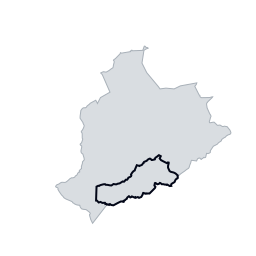 Bolivia, with La Paz highlighted, rotated 244°
{"feature_id": "BOL-1936", "entity_name": "La Paz", "entity_type": "Department", "adm_level": 1, "iso_a3": "BOL", "parent_name": "Bolivia", "parent_adm1": "", "projection": "natural_earth1", "projection_center": [-68.162, -14.972], "detail": "medium", "context": "in_parent", "style": "outline", "palette": "ink", "viewbox_px": 256, "rotation_deg": 244, "n_neighbors": 0, "source": "natural_earth", "source_scale": "10m", "svg_char_len": 5141}
<svg xmlns="http://www.w3.org/2000/svg" viewBox="0 0 256 256"><g transform="rotate(244 128 128)"><path d="M59.0,146.0L58.7,142.9L58.2,142.1L57.5,141.6L57.2,140.9L57.5,140.3L58.9,138.9L59.6,138.7L59.8,138.1L62.4,134.3L63.2,133.6L64.1,133.0L64.5,132.6L64.3,131.2L64.4,130.3L64.7,129.7L66.4,128.6L66.6,128.4L66.5,128.0L65.8,127.3L64.2,126.7L63.2,126.8L62.2,125.8L60.2,120.1L59.8,118.8L59.8,118.3L61.2,115.5L62.7,113.2L62.5,112.7L60.9,110.5L60.3,109.5L60.5,107.2L61.5,106.5L62.0,104.5L62.4,104.1L63.3,102.7L64.6,101.4L64.7,99.9L65.1,99.5L66.1,99.0L66.2,98.6L66.0,97.5L65.5,96.4L65.0,95.9L64.4,93.2L63.8,91.9L64.5,90.7L64.9,89.3L65.0,87.8L65.0,80.9L66.3,79.1L66.9,78.8L67.5,78.2L67.5,77.1L68.4,75.7L57.9,54.4L62.0,54.4L66.5,55.2L67.2,55.6L67.4,56.4L67.9,56.7L69.1,56.5L72.8,54.7L73.3,54.1L74.6,52.1L75.6,50.9L76.6,50.6L78.4,50.4L79.0,50.7L79.8,50.7L80.4,49.5L81.4,48.2L83.3,46.6L84.3,46.2L85.0,45.6L86.0,45.6L86.9,45.0L91.5,41.0L93.3,39.9L95.4,39.5L97.0,38.9L101.0,38.3L103.5,38.1L104.4,38.7L105.3,38.5L106.1,37.6L106.7,37.3L107.2,37.3L107.9,38.4L108.2,39.5L108.0,40.4L108.0,41.7L108.3,43.3L108.2,44.8L106.7,47.5L106.6,48.3L106.7,49.3L107.1,51.1L107.9,53.6L108.0,55.4L107.4,56.5L107.2,57.6L107.2,58.4L107.4,59.0L107.8,59.3L108.0,60.0L108.0,61.1L108.5,62.0L109.4,63.0L109.7,63.9L109.6,64.8L109.6,65.3L109.9,65.5L110.4,65.1L110.7,65.2L111.4,66.4L111.8,67.7L111.9,68.4L113.8,69.2L116.3,71.6L117.5,72.2L118.6,74.8L120.5,75.4L124.3,76.0L126.0,75.2L127.2,75.3L128.4,75.9L131.2,78.1L132.3,78.5L133.2,77.9L133.9,77.7L134.5,78.0L135.1,79.8L137.2,81.9L138.0,82.5L138.9,82.4L142.9,84.3L143.9,84.5L144.9,84.3L145.6,84.7L145.9,85.8L147.6,88.1L148.5,89.0L149.4,89.7L152.0,89.7L152.7,89.9L157.8,89.2L159.7,90.2L164.5,93.4L165.5,95.4L165.7,96.5L165.4,97.6L165.0,98.1L164.8,98.8L165.0,99.9L165.7,100.8L166.4,104.1L166.8,104.7L167.1,111.2L163.4,111.3L164.0,112.0L167.4,116.6L168.1,127.5L187.2,128.3L187.7,128.2L189.1,127.6L189.5,127.7L189.4,130.5L187.9,132.7L187.8,133.4L188.0,136.3L188.5,138.6L188.7,140.7L189.3,141.4L190.9,142.5L193.4,144.6L194.4,144.8L195.2,144.6L195.7,145.4L195.8,146.8L198.0,153.0L198.4,153.8L199.0,154.2L198.9,154.5L198.3,154.7L198.1,155.1L195.5,163.9L196.1,163.9L196.3,165.6L195.5,165.8L195.3,166.2L191.3,175.3L194.4,178.5L194.1,179.1L192.5,179.6L191.6,180.9L190.9,181.1L191.1,178.8L190.9,176.8L190.7,176.3L180.2,169.0L169.5,169.1L152.0,173.4L149.1,173.9L147.2,179.6L142.9,186.6L142.9,193.5L138.4,209.6L137.3,208.6L136.5,207.1L136.3,206.4L136.2,206.3L126.5,206.4L126.0,206.8L125.4,206.8L124.9,206.5L124.4,206.5L123.7,206.8L123.0,207.4L119.6,214.7L119.1,217.4L118.9,217.8L118.4,216.9L116.7,211.5L115.7,209.5L114.6,208.9L111.3,207.9L105.2,207.7L103.2,207.9L102.2,207.8L101.2,206.7L98.9,204.7L98.5,204.1L97.6,203.7L97.1,203.7L96.7,204.0L95.9,207.1L95.4,208.0L92.2,209.2L91.4,209.4L90.9,210.1L90.7,211.1L90.3,212.0L88.1,213.4L87.6,214.0L87.4,215.4L85.7,217.7L81.3,218.7L79.8,218.6L78.8,218.5L77.8,217.7L77.7,216.4L77.9,215.1L77.8,213.2L77.0,211.0L77.1,210.3L77.0,209.2L76.6,207.2L75.5,206.1L75.1,203.0L74.3,201.1L74.2,196.7L71.4,191.9L70.2,191.5L70.0,191.2L69.8,190.5L69.9,188.7L70.8,187.5L67.8,185.1L67.6,184.6L67.6,184.0L68.4,183.1L67.9,181.9L68.0,180.9L67.6,180.4L67.7,180.1L68.0,179.8L69.5,179.4L69.9,178.4L69.9,177.5L69.7,176.8L68.3,175.2L71.1,171.0L71.0,170.7L70.7,170.3L69.2,169.1L67.6,167.3L66.5,166.3L65.6,165.4L65.2,164.6L65.0,162.5L64.5,160.3L63.7,155.2L63.1,153.3L63.7,152.2L61.1,150.5L60.6,148.1L59.0,146.0Z" fill="#d9dde1" stroke="#a8b0b8" stroke-width="1"/><path d="M61.4,150.9L61.1,150.6L60.9,148.6L60.6,148.0L59.0,146.1L58.7,142.6L57.8,141.6L57.0,141.5L57.5,140.1L60.0,138.4L59.9,137.8L60.5,137.4L60.9,136.4L62.1,135.0L62.6,133.8L64.3,133.0L64.7,132.5L64.3,131.7L64.4,130.0L64.7,129.6L66.4,128.7L66.7,128.3L66.6,127.9L65.7,127.4L65.0,126.6L64.1,126.6L63.3,126.9L62.6,126.4L62.2,125.8L59.7,118.6L60.6,116.9L60.7,116.1L61.4,115.6L61.3,114.8L62.1,114.1L62.3,113.6L62.8,113.6L63.0,113.2L61.3,111.4L60.2,109.7L60.4,107.3L61.6,106.6L62.0,104.1L62.7,104.2L62.8,103.2L64.8,101.5L64.5,100.7L64.6,99.6L66.1,99.1L66.3,98.9L65.8,96.8L64.9,95.9L64.8,94.5L64.4,93.6L64.5,92.8L63.5,91.7L63.7,91.3L64.4,91.2L64.4,90.7L65.1,89.4L65.1,86.4L64.9,81.0L66.2,79.1L67.5,78.5L67.7,77.9L67.2,77.6L67.1,77.3L67.9,76.5L68.4,75.5L69.1,75.5L69.6,74.3L70.5,74.6L70.9,74.5L71.9,72.1L73.6,70.9L73.9,69.0L76.3,68.3L76.8,67.5L89.1,74.0L89.1,76.0L88.6,76.7L88.8,78.0L88.2,81.1L87.6,82.7L86.8,83.0L85.8,84.8L84.3,86.7L83.6,88.0L84.0,90.4L82.7,92.3L82.4,93.1L82.5,94.0L81.9,96.2L82.3,99.8L81.5,100.8L82.0,102.3L82.5,103.3L81.9,104.5L82.3,105.4L83.2,106.6L83.1,108.6L83.3,109.6L83.9,110.2L84.9,110.3L86.1,112.3L86.8,114.0L86.9,115.5L87.5,115.9L90.7,119.6L88.9,121.6L89.1,121.9L88.8,122.7L88.8,124.5L89.7,126.1L89.7,126.7L90.1,126.9L90.5,127.6L90.3,130.4L90.9,131.9L91.0,133.9L90.5,134.7L88.9,135.2L88.4,136.3L88.4,137.0L88.0,138.2L88.2,138.6L88.7,138.8L89.3,139.7L89.5,141.5L89.9,142.7L89.7,143.2L90.0,143.9L88.3,145.1L86.7,143.1L84.6,143.6L79.4,147.5L79.6,148.7L79.1,149.4L78.7,149.3L76.4,147.4L74.8,146.6L71.2,146.5L70.0,147.1L67.9,149.6L66.3,150.8L63.8,151.8L63.7,151.6L62.9,151.6L61.7,150.8L61.4,150.9Z" fill="none" stroke="#020617" stroke-width="2"/></g></svg>